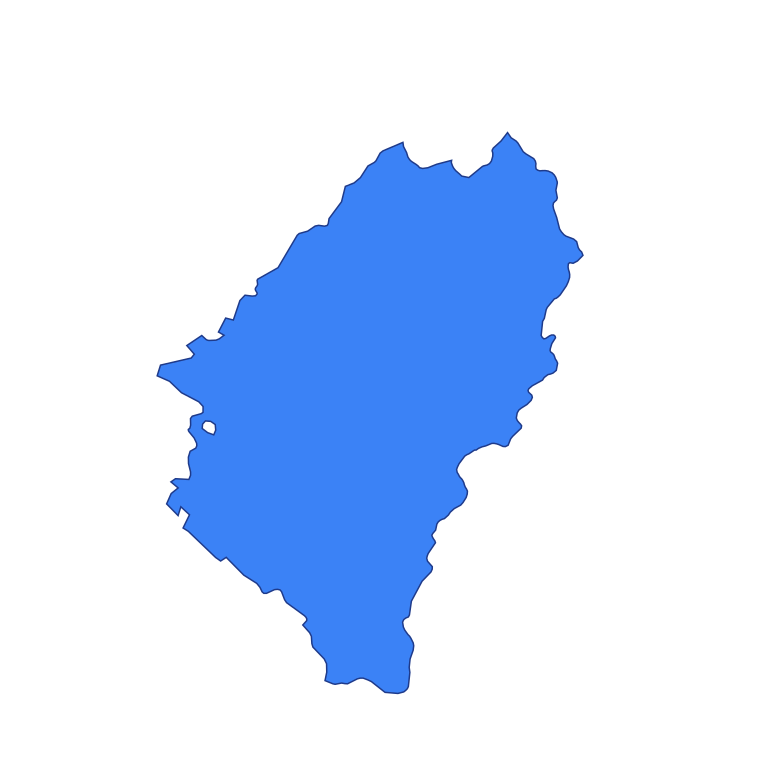 the border of León, rotated 125°
{"feature_id": "ESP-5830", "entity_name": "León", "entity_type": "Autonomous Community", "adm_level": 1, "iso_a3": "ESP", "parent_name": "Spain", "parent_adm1": "", "projection": "mercator", "projection_center": [-5.923, 42.635], "detail": "fine", "context": "isolated", "style": "filled", "palette": "blue", "viewbox_px": 768, "rotation_deg": 125, "n_neighbors": 0, "source": "natural_earth", "source_scale": "10m", "svg_char_len": 4324}
<svg xmlns="http://www.w3.org/2000/svg" viewBox="0 0 768 768"><g transform="rotate(125 384 384)"><path d="M620.3,190.1L622.6,190.5L624.9,191.2L629.5,195.1L636.0,206.3L635.0,223.7L635.6,227.3L636.9,232.4L638.6,234.8L640.8,236.7L650.5,241.9L651.9,244.2L653.3,247.2L658.0,251.8L658.9,253.9L660.8,262.2L652.9,265.6L646.1,270.6L643.5,275.3L640.3,291.3L638.1,294.1L632.3,298.8L630.4,302.2L628.0,312.3L622.2,311.6L620.7,312.5L619.8,314.2L619.4,316.3L619.0,338.4L617.7,341.7L612.9,348.8L612.3,351.1L613.3,353.5L615.2,355.7L622.9,360.2L624.4,362.4L624.2,364.6L621.7,369.0L620.3,373.9L621.0,389.1L616.5,413.8L622.7,416.3L622.7,422.4L616.9,459.9L617.2,466.0L602.7,468.3L601.1,480.0L609.9,477.2L606.9,493.3L595.8,495.5L587.2,493.0L586.4,502.4L581.2,500.5L574.1,489.1L569.7,490.1L567.0,492.0L561.3,498.5L556.1,502.3L550.3,504.2L544.5,501.4L542.0,501.9L540.0,503.5L537.1,508.6L535.0,516.1L534.5,517.3L533.6,518.2L533.1,518.2L532.5,517.9L531.5,517.7L528.6,518.8L523.3,522.7L520.3,522.6L513.1,516.7L511.0,516.0L506.2,519.3L504.8,525.5L507.3,544.9L504.8,561.2L507.4,574.5L496.7,577.9L473.3,556.8L468.4,556.5L465.6,567.6L448.8,561.1L449.6,555.1L449.3,553.5L448.7,552.3L444.4,546.7L441.4,544.8L435.8,543.0L436.4,549.4L420.8,551.5L418.0,544.1L398.3,549.9L391.0,548.8L387.6,542.4L385.4,539.8L382.9,539.6L382.0,540.5L381.0,542.9L380.1,543.9L378.9,544.3L376.1,544.3L374.8,544.7L371.9,547.4L370.6,547.6L349.5,537.5L312.0,540.4L309.4,539.8L302.6,534.2L294.1,531.0L291.5,528.5L288.8,523.2L286.6,521.4L284.5,521.7L280.0,523.9L259.1,523.3L244.3,529.0L236.4,523.8L228.4,521.7L214.6,522.2L208.0,519.0L205.7,518.6L197.1,519.6L193.5,518.5L175.2,507.1L178.3,504.2L181.5,498.2L184.3,494.7L185.2,492.6L185.8,490.5L185.9,488.2L185.7,483.7L185.8,481.3L186.4,478.9L185.3,476.0L181.7,472.1L173.8,466.9L162.0,456.9L163.7,456.1L164.5,455.2L166.3,452.6L167.3,450.5L168.1,447.7L168.7,442.2L169.1,439.6L166.2,432.9L149.4,428.2L148.3,427.6L145.4,425.1L142.9,424.0L139.8,423.9L135.2,425.5L133.0,426.9L131.9,427.9L131.5,428.6L130.5,429.5L128.0,429.8L117.8,427.5L107.2,427.0L109.4,421.1L109.2,415.1L109.8,412.5L113.9,403.2L114.1,399.6L113.5,390.6L114.6,387.9L116.4,385.9L118.5,384.7L120.6,382.8L120.7,380.8L120.0,378.6L118.5,376.8L116.8,374.5L115.4,371.7L114.6,367.4L115.1,364.5L116.2,361.9L119.0,358.1L120.0,357.3L126.7,354.3L132.1,348.8L134.4,348.2L136.4,348.7L138.5,349.0L140.9,347.9L143.3,345.5L148.6,338.0L156.3,329.1L157.6,326.0L158.5,322.3L158.5,319.7L156.5,311.8L156.9,307.8L160.9,303.1L162.0,300.7L162.5,297.8L164.5,294.8L172.3,296.1L176.6,298.3L178.1,301.5L179.8,301.9L182.5,300.4L184.4,298.6L186.0,296.5L187.8,294.7L190.2,293.1L194.6,291.7L199.0,290.9L210.0,290.8L213.0,291.4L215.0,292.1L216.5,293.3L227.4,294.2L230.0,293.8L238.3,290.3L241.7,290.0L254.1,283.1L255.1,281.0L255.3,278.9L253.8,277.6L249.6,276.0L247.7,274.8L246.5,273.0L246.7,271.2L247.8,270.0L254.6,269.7L259.5,268.1L261.3,267.2L262.2,265.7L262.2,264.0L262.5,262.0L263.6,260.2L265.2,258.1L266.0,256.0L267.4,253.7L274.0,250.7L278.1,251.8L280.3,253.3L282.3,255.1L286.8,256.5L289.9,256.4L300.3,261.5L304.8,262.7L306.7,262.3L307.8,260.8L308.4,256.5L309.9,254.8L313.0,254.1L318.7,255.1L325.2,257.8L328.1,258.6L331.3,258.3L336.0,256.1L337.5,253.8L338.2,251.3L338.6,249.1L339.3,247.3L341.5,246.3L353.1,248.6L356.2,248.8L363.0,247.2L365.7,248.7L366.9,250.7L367.8,255.4L368.5,257.6L369.5,259.8L370.8,261.6L376.4,265.2L379.3,267.7L382.6,269.7L385.2,270.6L386.3,272.0L392.5,274.4L394.4,275.6L396.8,276.5L406.2,276.8L409.9,276.2L412.4,275.5L414.5,273.3L415.3,271.3L416.3,269.5L416.9,267.8L417.0,266.9L417.2,265.9L417.9,264.1L419.0,262.1L420.6,260.2L421.9,258.2L422.7,256.2L423.9,254.2L426.4,252.7L429.8,251.6L435.7,251.3L439.2,251.7L445.8,255.0L451.0,256.2L454.4,256.1L459.6,257.3L461.5,258.8L463.6,259.9L466.0,260.5L468.5,260.3L474.1,257.9L478.5,258.3L480.4,258.1L481.6,256.5L482.6,254.4L483.3,252.4L484.5,250.8L497.4,250.6L499.9,250.0L502.2,249.1L504.2,246.7L505.9,239.7L508.0,238.3L511.0,237.7L523.7,239.7L546.2,237.0L558.6,230.7L560.8,230.4L563.2,231.9L565.6,232.7L568.4,232.2L572.0,228.7L573.7,225.8L575.5,220.7L575.9,218.4L576.8,216.2L579.3,211.6L581.4,209.5L585.4,207.4L594.3,204.9L601.7,200.8L605.4,197.4L617.9,190.5L620.3,190.1ZM520.9,509.6L524.7,507.4L525.0,500.6L523.3,494.3L518.3,495.4L514.0,499.0L514.0,504.5L516.7,509.1L520.9,509.6Z" fill="#3b82f6" stroke="#1e3a8a" stroke-width="1.5"/></g></svg>